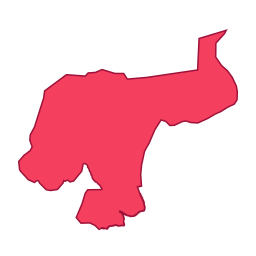 Bakassi, Cross River, Nigeria, rotated 3°
{"feature_id": "59680162B77398299052023", "entity_name": "Bakassi", "entity_type": "district", "adm_level": 2, "iso_a3": "NGA", "parent_name": "Nigeria", "parent_adm1": "Cross River", "projection": "robinson", "projection_center": [8.508, 4.793], "detail": "fine", "context": "isolated", "style": "filled", "palette": "rose", "viewbox_px": 256, "rotation_deg": 3, "n_neighbors": 0, "source": "geoboundaries", "source_scale": "gbopen_adm2", "svg_char_len": 4412}
<svg xmlns="http://www.w3.org/2000/svg" viewBox="0 0 256 256"><g transform="rotate(3 128 128)"><path d="M30.8,139.9L30.6,145.3L33.3,151.9L31.5,155.7L25.6,160.7L20.6,167.1L21.9,175.2L23.0,176.8L31.2,184.9L37.5,187.3L39.5,185.4L41.4,185.4L42.6,187.6L49.5,193.9L54.0,194.5L60.8,193.1L66.1,186.2L66.5,183.9L67.8,184.5L70.7,183.2L72.9,184.9L76.5,183.8L84.0,173.6L85.1,166.3L86.8,165.7L89.1,167.0L89.6,167.8L89.9,169.5L90.8,170.3L92.0,173.3L93.3,175.0L93.5,176.6L94.5,177.7L95.2,180.5L95.9,180.7L96.6,182.1L97.6,182.4L98.1,183.5L99.6,183.8L101.0,185.4L102.2,186.0L102.5,186.8L103.7,187.6L104.2,189.0L104.9,189.3L105.1,190.4L105.0,190.6L104.9,190.9L91.0,191.8L88.7,195.4L86.1,206.0L81.0,220.2L86.0,225.5L94.7,224.8L100.0,226.9L104.4,230.7L107.5,229.1L107.5,229.4L107.8,229.4L107.8,229.6L108.8,229.6L108.8,229.9L109.0,229.9L109.0,229.6L109.5,229.6L109.5,229.4L109.7,229.6L111.9,229.6L111.9,229.9L112.4,229.9L112.4,229.6L112.6,229.6L112.6,228.8L113.1,228.8L113.1,228.5L113.4,228.5L113.4,228.3L113.6,228.3L113.6,227.7L113.8,227.7L113.9,227.4L114.0,227.4L114.3,227.4L114.3,227.2L114.5,227.2L114.8,227.2L114.8,226.9L115.0,226.8L115.1,226.6L115.4,226.6L115.5,226.6L115.5,226.9L116.8,226.9L116.8,226.6L117.7,226.6L117.7,226.3L118.9,226.3L118.9,226.1L119.4,226.1L119.4,225.8L120.4,225.8L120.4,225.7L120.9,225.5L120.9,225.8L121.1,225.8L121.1,225.5L121.4,225.5L121.6,225.5L121.6,225.8L122.6,225.8L122.6,226.1L123.1,226.1L123.1,226.3L124.3,226.3L124.3,226.1L125.5,226.1L125.5,225.8L127.2,225.8L127.2,225.5L127.7,225.5L127.7,225.8L128.6,225.8L128.6,225.5L129.1,225.5L129.1,225.2L129.4,225.2L129.4,224.4L129.1,224.4L129.1,224.1L129.1,223.6L128.9,223.6L128.9,223.0L128.6,223.0L128.6,219.2L128.9,219.2L128.9,218.6L128.6,218.6L128.6,218.1L128.4,218.1L128.4,217.3L128.1,217.3L128.1,216.2L127.9,216.2L127.9,215.1L127.4,215.1L127.4,214.8L127.7,214.8L127.7,214.5L127.4,214.5L127.4,214.3L127.2,214.3L127.2,214.0L126.9,214.0L126.9,213.7L126.7,213.7L126.7,213.4L126.5,213.2L125.7,213.2L125.7,212.9L125.5,212.6L125.0,212.6L125.0,212.3L124.5,212.3L124.5,212.1L124.3,212.1L124.3,211.8L124.0,211.8L124.0,211.5L124.8,211.5L124.8,211.8L125.5,211.8L125.5,212.1L126.0,212.1L126.0,212.3L126.5,212.3L126.5,212.6L126.9,212.6L126.9,212.9L127.4,212.9L127.4,213.2L127.7,213.2L127.7,213.4L127.9,213.4L127.9,213.7L128.8,213.7L129.1,213.7L129.1,214.0L129.4,214.0L129.4,214.3L129.6,214.3L129.6,214.5L130.3,214.5L130.3,214.8L130.8,214.8L130.8,215.1L131.1,215.1L131.1,215.4L132.5,215.4L132.5,215.6L134.0,215.6L134.0,215.9L134.9,215.9L134.9,216.2L135.7,216.2L135.7,215.9L138.1,215.9L138.1,215.4L139.1,215.4L139.1,215.1L139.5,215.1L139.5,214.8L139.8,214.8L139.8,214.5L140.3,214.5L140.3,214.3L140.5,214.3L140.5,214.0L141.0,214.0L141.0,213.7L141.2,213.4L141.5,213.4L141.5,213.2L141.7,212.9L142.0,212.9L142.0,212.6L142.2,212.3L142.4,212.3L142.4,212.1L142.9,212.1L142.9,211.8L143.2,211.8L143.2,211.5L143.4,211.5L143.4,211.2L143.7,211.2L144.4,211.0L144.4,210.7L144.9,210.7L144.9,210.4L146.3,210.4L146.3,210.1L146.7,210.1L147.3,210.1L147.3,209.8L147.8,209.9L147.8,209.6L148.3,209.6L148.3,209.3L148.7,209.3L148.7,208.2L149.0,208.2L149.0,207.9L148.7,207.9L148.7,206.9L148.7,206.6L149.0,206.6L149.0,205.7L148.7,205.7L148.7,204.9L148.5,204.6L148.3,204.6L148.3,203.5L148.0,203.5L148.0,203.0L147.8,203.0L147.8,202.7L148.0,202.7L148.0,201.9L147.8,201.9L147.8,201.1L147.5,201.1L147.5,200.8L147.3,200.8L147.3,200.2L147.1,200.2L147.1,199.7L146.8,199.7L146.8,199.4L146.6,199.4L146.6,198.9L146.3,198.9L146.3,198.3L146.1,198.3L146.1,197.2L145.6,197.2L145.6,196.9L145.4,196.9L145.4,196.4L145.1,196.4L145.1,195.8L144.9,195.8L144.9,195.6L144.6,195.6L144.6,195.0L144.4,195.0L144.4,194.7L144.1,194.7L144.1,193.9L143.9,193.9L143.9,193.7L143.7,193.7L143.7,193.1L143.4,193.1L143.4,192.8L143.2,192.8L140.5,186.2L141.0,186.2L142.2,186.0L142.2,185.7L143.2,185.7L143.2,185.4L144.4,185.4L144.4,185.1L144.5,185.1L143.1,173.9L143.5,164.2L145.7,150.6L147.9,145.8L149.6,142.7L154.9,128.4L160.6,118.2L165.6,119.5L169.6,123.3L174.2,122.9L180.6,119.4L182.2,118.6L185.6,118.0L190.8,119.3L197.5,119.3L207.1,114.3L214.2,109.6L220.1,106.5L221.0,105.9L226.0,102.3L232.9,98.5L235.4,94.2L235.3,86.2L234.0,80.5L229.4,71.9L224.4,65.7L218.2,60.8L211.9,52.6L211.3,38.7L219.4,28.7L221.0,25.3L194.3,34.9L194.5,66.4L144.2,76.5L124.8,79.2L120.8,73.8L112.0,74.2L99.0,71.0L92.6,74.2L85.4,75.1L82.6,78.4L63.7,78.0L42.8,95.3L42.2,102.5L34.6,131.8L30.8,139.9Z" fill="#f43f5e" stroke="#9f1239" stroke-width="1.5"/></g></svg>